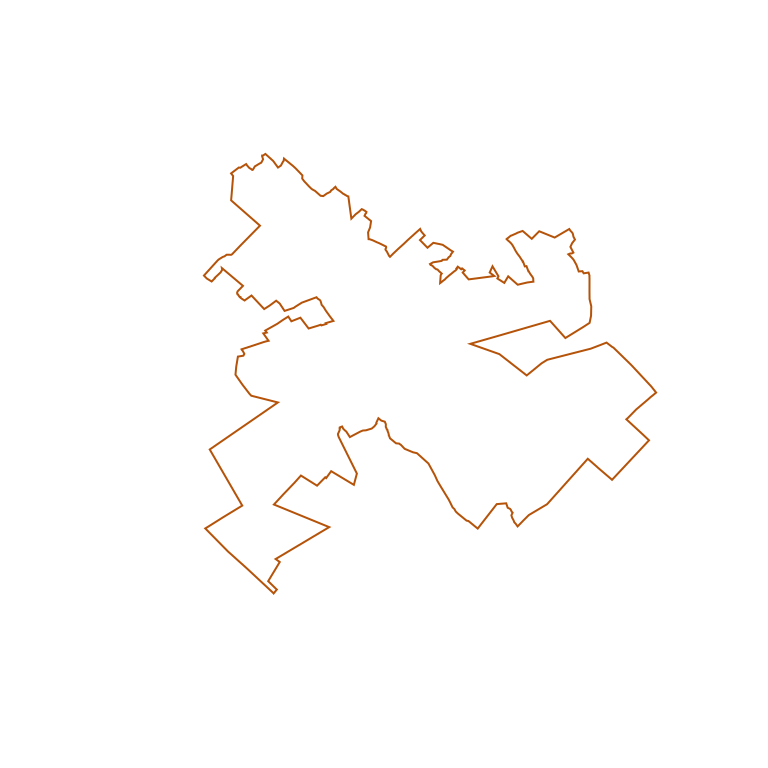 the district of Ticul, Yucatán, Mexico, rotated 306°
{"feature_id": "50627088B40370346944296", "entity_name": "Ticul", "entity_type": "district", "adm_level": 2, "iso_a3": "MEX", "parent_name": "Mexico", "parent_adm1": "Yucatán", "projection": "equal_earth", "projection_center": [-89.54, 20.365], "detail": "fine", "context": "isolated", "style": "outline", "palette": "amber", "viewbox_px": 768, "rotation_deg": 306, "n_neighbors": 0, "source": "geoboundaries", "source_scale": "gbopen_adm2", "svg_char_len": 5962}
<svg xmlns="http://www.w3.org/2000/svg" viewBox="0 0 768 768"><g transform="rotate(306 384 384)"><path d="M347.3,575.8L356.3,577.1L358.7,577.5L361.9,578.0L363.1,578.2L382.6,586.6L443.3,592.8L442.3,603.8L441.9,607.6L440.7,623.1L440.5,624.8L494.2,631.5L495.3,623.0L497.9,600.8L500.1,601.3L511.7,603.0L520.7,605.2L526.9,606.7L530.2,607.4L533.0,608.2L537.0,609.2L539.1,601.7L544.7,572.9L547.3,555.1L548.3,548.1L548.1,546.8L548.3,539.7L541.9,535.6L534.1,530.5L499.5,501.8L493.3,499.3L474.8,494.4L476.0,459.8L467.2,430.2L486.5,445.3L491.5,449.2L532.7,481.2L531.5,486.8L527.8,503.7L547.5,511.8L554.3,514.4L560.9,511.4L568.7,506.0L573.5,500.4L579.3,496.1L589.8,488.5L591.6,487.1L592.5,486.5L594.4,484.0L590.9,480.5L591.9,478.2L589.5,475.4L593.4,469.8L595.2,466.0L596.0,464.2L596.6,461.6L597.3,456.9L599.0,457.9L600.0,459.2L601.6,460.0L604.5,454.2L608.6,453.4L613.1,453.6L614.5,450.7L614.9,450.3L616.4,448.6L617.0,447.6L617.4,445.8L617.5,444.9L618.3,442.8L602.8,436.0L598.8,419.8L588.3,418.2L589.3,406.2L584.7,403.0L583.7,402.6L581.5,401.3L579.1,399.9L578.5,399.4L575.1,398.5L574.6,398.3L573.8,398.1L573.3,398.0L573.2,398.5L573.0,399.8L572.9,401.4L572.5,404.2L571.9,406.2L570.6,409.1L569.0,412.3L567.8,415.4L566.8,418.8L564.9,423.7L564.5,424.3L564.8,424.5L561.9,428.8L563.1,430.0L560.1,434.5L560.3,434.7L560.2,434.9L559.1,437.4L558.3,439.9L557.8,441.4L557.1,442.7L554.8,444.5L554.6,444.7L550.3,440.2L542.9,433.8L544.1,421.2L536.5,421.9L536.0,413.7L538.4,413.3L543.0,402.6L536.3,404.0L536.2,409.7L535.6,409.1L535.4,409.0L518.4,391.0L520.4,382.2L523.3,382.5L523.4,379.2L522.2,379.0L522.3,374.7L519.9,374.7L519.9,375.3L518.1,375.2L517.7,375.1L517.3,374.9L516.1,374.5L514.9,374.2L512.6,373.6L510.5,373.0L508.3,372.5L506.2,372.0L504.3,371.8L502.5,371.2L500.3,370.6L499.8,370.5L498.6,370.1L505.2,366.0L506.2,365.8L507.3,365.8L507.6,362.2L508.1,360.0L507.5,358.7L507.6,356.3L508.0,354.5L508.1,353.6L507.9,352.5L507.7,351.7L508.1,350.7L511.3,352.2L514.8,355.7L517.5,358.3L518.8,358.3L521.6,361.8L524.6,361.8L526.4,362.4L528.7,361.9L531.6,362.0L531.4,359.7L531.1,349.7L530.0,347.1L527.2,340.9L519.8,339.1L521.6,328.5L528.1,329.6L528.9,326.1L529.2,324.9L529.4,324.3L530.0,323.3L530.7,322.1L524.3,320.7L519.6,319.7L514.9,318.7L509.3,317.7L501.3,316.0L494.3,314.7L490.4,314.1L490.6,312.9L491.6,310.9L492.1,309.9L492.7,308.8L493.2,307.4L493.4,306.6L493.7,306.1L494.0,305.9L494.4,305.8L495.1,305.7L495.5,305.6L495.9,305.4L496.0,305.3L496.2,305.1L496.4,304.8L496.3,304.4L496.1,303.2L495.9,302.1L495.6,300.3L495.0,296.9L494.5,295.0L494.2,293.3L493.6,290.3L492.7,287.3L492.1,286.4L497.3,282.0L502.5,280.7L508.2,277.8L508.6,269.4L510.2,269.1L511.0,268.9L511.7,269.1L512.9,268.7L512.9,266.9L512.7,264.7L512.4,263.2L508.3,262.4L504.8,261.3L498.6,260.4L508.5,250.9L514.8,244.9L514.5,244.1L514.3,243.2L514.3,241.9L514.1,241.5L514.2,240.6L513.9,239.4L514.1,235.7L514.0,231.1L515.0,228.8L512.8,228.3L512.1,228.4L509.8,227.5L507.6,227.5L504.5,225.8L500.3,224.4L499.0,222.0L499.7,214.7L499.3,211.8L499.3,210.5L499.8,207.1L501.1,200.3L502.1,197.1L504.8,195.4L506.6,185.3L506.7,184.0L506.9,182.6L507.5,171.7L507.6,170.6L505.4,171.7L504.4,171.6L500.1,172.2L496.8,171.0L499.3,163.3L500.4,152.8L497.8,151.9L497.2,151.1L496.7,151.4L494.7,154.1L490.9,154.6L489.1,153.7L484.1,151.6L481.4,151.9L480.0,151.9L479.7,151.4L479.8,150.2L479.6,148.1L480.3,144.9L480.9,143.2L476.3,141.3L474.5,140.6L473.8,139.3L464.5,136.5L463.6,139.7L442.7,152.4L439.2,190.6L412.0,186.5L399.5,184.8L398.7,184.4L396.1,180.7L393.5,179.9L392.1,178.9L387.7,177.1L386.7,176.9L386.3,176.8L375.3,175.6L365.9,174.6L365.2,178.6L365.6,184.3L370.2,185.0L370.4,184.7L374.5,185.5L378.3,186.2L381.2,186.0L382.5,184.7L380.5,212.2L372.9,211.1L371.3,211.6L370.4,212.8L370.6,213.4L370.4,213.6L369.7,215.6L369.9,216.6L369.5,216.6L369.4,218.4L369.6,222.1L377.7,224.8L374.2,243.0L380.3,245.4L388.0,247.8L387.8,252.3L384.7,260.6L392.0,265.9L392.6,266.3L394.0,266.7L401.5,269.7L411.2,276.2L414.5,278.4L414.1,279.9L414.2,282.6L414.0,283.6L413.1,284.9L412.4,285.8L411.4,287.0L410.8,289.8L409.1,293.9L407.0,300.2L405.3,306.0L399.0,301.1L398.6,302.0L394.6,298.9L394.8,298.0L392.5,296.4L384.6,290.4L388.5,277.4L380.3,272.2L382.3,266.9L376.0,264.4L370.0,262.3L357.4,256.5L356.7,258.9L354.0,256.6L351.1,265.2L349.0,263.4L347.2,262.0L340.5,257.2L340.3,257.1L339.3,256.3L338.8,256.0L338.0,255.4L337.3,254.9L336.7,254.4L336.0,254.0L335.3,253.5L334.7,253.0L334.1,252.5L333.4,252.1L332.7,251.6L332.1,251.1L331.4,250.6L330.8,250.1L330.1,249.7L329.5,249.2L328.8,248.7L328.3,248.3L328.2,248.4L327.9,249.5L327.7,250.4L326.3,253.3L324.3,253.6L322.7,252.1L320.3,249.7L311.1,254.3L304.2,258.4L300.3,269.7L297.0,280.9L296.5,283.5L306.7,309.0L283.1,300.7L228.6,281.5L202.3,340.8L181.7,332.2L165.2,325.6L162.1,324.3L156.8,356.2L154.2,381.5L149.8,417.5L149.7,417.8L154.7,418.1L154.7,417.9L156.4,406.2L178.7,404.3L178.7,399.2L225.8,419.4L236.0,423.8L221.8,365.8L235.4,367.4L251.4,369.6L261.1,370.6L262.4,389.6L274.0,391.3L273.9,392.5L282.4,392.5L284.7,418.9L295.6,414.7L314.6,378.3L315.0,377.8L315.9,376.6L316.5,376.1L320.5,375.3L321.4,374.7L322.2,374.4L322.2,374.0L322.8,373.7L323.8,374.3L325.0,375.1L323.8,377.4L323.5,379.6L323.4,380.8L323.3,381.6L321.0,387.6L323.3,388.7L331.4,392.7L332.1,393.1L333.9,394.2L335.9,396.6L340.8,400.3L344.2,401.1L347.6,401.2L347.8,400.7L348.4,400.5L353.0,399.6L352.8,403.4L354.0,406.8L352.6,409.1L350.3,410.7L349.9,411.6L349.2,412.4L349.1,413.2L348.6,413.8L348.7,414.0L347.7,415.0L347.2,416.0L345.7,417.8L345.1,418.2L344.9,418.9L343.6,420.7L343.4,423.9L343.1,428.6L344.7,431.3L344.6,432.2L344.7,433.4L343.7,438.8L345.8,447.6L347.4,451.3L345.8,466.7L340.1,478.7L336.9,484.3L334.2,490.6L328.6,504.1L327.0,507.3L324.5,512.0L324.2,514.5L323.0,517.0L322.6,520.1L322.0,531.1L322.8,532.9L322.1,544.8L353.1,545.8L359.3,553.0L356.6,556.8L357.1,559.4L356.8,560.5L355.7,562.5L355.5,563.7L354.7,563.9L353.7,564.0L352.6,564.3L351.1,566.3L349.9,568.9L348.7,570.7L348.4,572.5L347.6,574.9L347.3,575.8Z" fill="none" stroke="#b45309" stroke-width="2"/></g></svg>